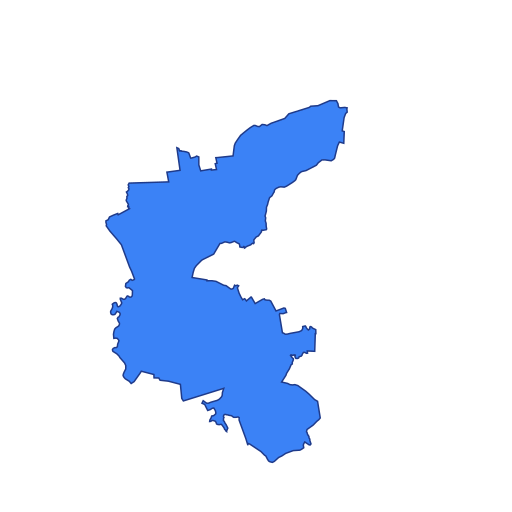 Sebis, Arad, Romania, rotated 32°
{"feature_id": "2599482B59578062471496", "entity_name": "Sebis", "entity_type": "district", "adm_level": 2, "iso_a3": "ROU", "parent_name": "Romania", "parent_adm1": "Arad", "projection": "albers", "projection_center": [22.139, 46.413], "detail": "fine", "context": "isolated", "style": "filled", "palette": "blue", "viewbox_px": 512, "rotation_deg": 32, "n_neighbors": 0, "source": "geoboundaries", "source_scale": "gbopen_adm2", "svg_char_len": 6158}
<svg xmlns="http://www.w3.org/2000/svg" viewBox="0 0 512 512"><g transform="rotate(32 256 256)"><path d="M312.4,419.3L314.1,418.6L315.6,417.2L316.6,417.3L320.1,418.7L321.2,419.6L322.5,419.8L322.9,420.3L324.1,420.4L323.6,419.7L323.7,418.8L323.5,418.3L323.3,416.9L319.9,414.8L318.2,414.1L316.8,413.1L315.6,412.8L314.5,410.9L314.4,409.9L313.6,409.6L313.1,408.5L313.1,407.4L313.6,406.8L314.3,406.4L315.3,406.2L316.2,405.7L317.6,405.4L319.9,404.4L321.3,404.6L322.6,404.6L324.4,403.5L326.1,402.0L327.4,402.0L328.6,404.1L344.1,416.2L349.4,420.8L348.5,419.2L350.2,418.8L363.8,419.2L368.8,420.4L370.3,420.4L373.5,422.3L375.2,423.1L376.3,423.2L377.6,422.9L379.3,422.3L380.4,420.4L382.0,414.8L383.9,411.8L385.8,407.6L390.7,401.3L396.1,397.4L397.1,395.7L398.1,393.3L396.4,391.4L396.0,390.1L395.9,387.9L401.2,388.0L402.1,387.5L402.2,386.2L399.4,383.9L398.7,382.8L397.3,382.1L396.6,381.1L395.9,380.8L395.5,380.3L394.6,380.3L392.8,378.6L392.0,378.4L391.2,376.1L394.1,369.0L395.2,363.9L396.0,361.6L396.3,359.3L385.2,346.6L381.8,346.7L374.1,345.0L369.7,344.3L360.1,343.7L357.1,344.5L355.3,346.0L352.9,347.1L350.4,347.3L344.5,349.3L344.6,341.3L344.1,339.3L344.1,334.1L343.4,329.6L344.0,328.3L343.1,327.0L342.9,325.3L342.6,324.1L342.0,323.3L340.2,323.0L337.9,322.0L338.1,321.2L339.4,321.2L340.0,320.2L340.5,320.2L341.3,319.3L341.9,319.3L342.1,320.4L343.5,321.6L344.2,321.7L345.6,320.8L346.2,319.9L346.0,318.5L347.4,317.0L347.6,315.7L347.3,314.9L347.3,312.6L348.4,311.9L350.3,311.8L351.2,311.1L349.8,309.4L356.3,305.7L347.4,290.4L347.9,290.1L345.7,286.8L342.0,287.2L341.0,286.8L340.0,286.8L339.4,287.1L339.3,287.5L339.8,288.9L340.2,289.3L339.6,291.0L338.0,290.7L336.7,290.2L335.6,289.4L334.8,289.2L333.0,291.1L333.8,292.2L334.1,293.1L334.2,294.6L334.1,295.2L332.7,297.4L326.0,303.5L323.9,305.7L322.3,306.8L320.2,306.8L319.1,307.1L306.9,293.3L306.6,292.2L309.6,290.5L311.0,288.6L311.9,287.7L308.6,284.9L307.2,285.3L302.1,292.0L292.4,286.4L290.6,286.5L288.8,287.6L286.8,288.4L285.8,287.9L284.5,289.3L280.5,296.8L273.9,293.3L273.5,293.4L271.7,299.2L269.6,298.3L268.9,298.3L267.9,300.2L265.0,298.8L261.4,296.5L257.0,292.8L257.1,290.5L255.6,290.6L254.6,292.0L253.3,292.1L253.9,295.6L252.9,297.0L251.9,297.4L246.3,297.0L244.2,297.9L235.5,298.7L231.8,300.3L227.5,303.0L227.1,302.3L213.2,308.1L211.4,303.2L210.3,299.1L210.5,295.7L212.1,288.6L212.7,287.3L219.1,276.8L218.8,264.5L220.1,263.5L222.1,260.5L224.2,259.6L226.6,258.9L227.7,257.9L229.8,255.0L230.7,254.8L232.3,254.9L235.4,254.6L236.5,255.6L237.5,256.9L239.7,256.1L240.5,255.5L240.7,254.4L241.7,254.6L242.1,255.3L242.4,254.8L242.6,253.8L243.4,252.3L245.6,249.3L245.8,248.3L246.3,247.0L247.4,246.8L247.4,245.8L246.4,244.6L245.6,243.4L246.1,239.7L247.4,237.7L247.8,232.6L247.1,231.3L247.2,230.9L248.3,230.5L250.8,228.2L250.7,227.4L248.9,225.4L247.2,222.9L245.3,221.3L244.0,218.5L242.5,217.3L241.0,212.4L239.0,209.0L238.6,206.4L237.6,203.5L236.6,199.3L237.6,196.6L237.4,192.9L237.5,192.3L236.7,190.0L237.2,188.2L238.9,185.5L240.3,184.2L243.5,182.6L244.9,180.6L248.0,174.2L249.0,171.6L249.3,170.2L248.4,165.6L248.9,163.0L249.6,161.0L250.2,160.0L253.2,157.0L259.1,147.0L259.4,143.9L261.0,139.6L263.6,137.9L269.3,135.4L270.6,132.9L270.8,131.3L269.8,128.5L266.8,119.3L266.3,115.2L270.7,113.9L264.9,103.7L262.8,104.2L257.4,92.0L256.5,87.6L257.1,85.7L255.1,83.1L254.8,82.1L252.6,82.9L248.8,85.8L247.0,85.9L244.8,83.4L241.9,81.7L236.3,85.1L228.9,95.7L223.0,100.0L222.5,101.7L208.5,118.0L207.5,124.1L198.5,135.4L196.2,139.6L194.0,140.0L191.5,141.2L190.3,144.5L188.7,145.3L186.2,145.7L185.0,146.4L183.1,150.2L181.5,154.4L179.0,161.8L178.7,167.0L178.6,171.3L179.2,174.0L183.5,183.3L170.7,193.3L169.8,193.9L173.8,198.0L172.5,199.3L176.7,203.6L172.6,206.8L172.1,205.9L164.0,213.1L159.3,209.1L155.0,202.3L152.7,202.7L152.0,204.2L151.3,205.0L149.2,207.3L148.7,207.6L144.5,204.3L144.1,204.2L142.1,204.5L139.4,205.5L137.3,206.6L136.9,206.4L136.2,206.7L136.0,207.3L135.8,207.4L134.9,207.1L134.5,206.5L133.5,205.8L131.5,206.1L146.2,223.6L136.0,232.1L142.7,239.4L109.8,261.4L109.9,263.4L111.4,264.5L111.5,265.8L112.5,266.2L113.0,267.3L112.7,269.3L112.2,270.4L112.9,270.9L113.7,271.2L115.0,272.4L115.1,273.2L114.9,273.9L116.0,275.5L116.3,277.4L116.9,278.0L120.4,279.8L120.6,280.4L120.7,281.5L121.0,282.1L121.7,281.5L122.3,281.9L122.3,282.6L122.7,283.0L123.6,283.0L117.3,294.1L116.2,293.2L113.5,296.8L111.1,300.5L111.4,303.6L110.1,305.7L111.0,307.1L112.5,308.4L113.0,309.8L118.9,312.3L128.7,315.3L135.9,317.8L154.6,332.3L158.5,334.8L165.2,339.9L165.1,340.7L163.9,342.3L162.2,342.1L161.4,343.6L161.4,345.5L160.2,348.3L160.8,349.7L161.4,351.0L162.8,351.6L163.9,351.2L165.0,350.2L169.6,350.8L171.9,354.8L172.1,355.9L171.9,356.8L171.2,357.6L170.2,357.9L169.6,357.7L168.3,357.9L167.9,358.4L167.9,361.2L167.4,362.4L166.5,363.0L164.2,363.1L163.3,363.7L163.7,364.5L167.0,366.9L167.3,368.2L167.1,370.6L166.1,372.1L165.8,372.2L165.1,372.0L164.1,371.1L163.8,370.6L162.4,369.8L161.7,369.8L161.0,370.3L160.2,371.4L160.1,372.0L159.7,372.8L159.8,373.3L160.5,373.6L161.5,375.2L161.9,377.0L162.0,379.6L162.3,380.5L163.7,381.9L165.2,382.0L166.6,381.1L167.3,380.2L167.4,378.2L167.3,376.7L169.7,376.2L170.5,376.4L171.6,377.1L171.9,378.4L172.0,380.0L171.9,380.6L171.5,381.0L171.5,382.5L173.6,384.2L175.8,385.3L176.3,386.1L176.5,386.8L176.6,388.2L175.2,391.2L174.9,392.8L175.5,395.2L176.6,397.9L179.1,401.2L180.2,400.2L181.8,399.4L183.5,399.8L184.7,400.5L185.4,404.1L186.5,406.4L186.0,407.8L184.8,408.5L183.9,410.0L183.8,411.3L184.4,412.1L185.2,412.7L189.7,412.7L192.8,413.4L194.5,414.3L201.1,416.3L203.6,417.9L205.4,420.8L205.7,424.4L206.1,426.6L206.7,427.9L208.2,428.8L210.2,429.4L215.0,429.4L217.7,430.3L219.2,427.1L219.8,416.7L219.8,414.5L232.2,410.6L234.1,413.4L238.2,411.0L240.5,412.2L248.0,408.6L259.9,404.9L268.5,416.1L271.2,417.4L298.8,385.3L299.9,389.7L301.2,392.1L301.4,393.8L300.8,396.8L299.7,398.9L295.2,403.9L293.7,406.0L292.1,407.0L287.9,406.7L288.2,409.5L291.2,409.1L296.9,412.6L298.6,410.5L299.6,408.3L300.8,407.3L303.5,408.7L304.9,410.1L305.5,411.2L304.7,413.8L303.2,415.2L303.7,416.9L303.8,419.6L304.4,420.9L305.3,420.2L305.8,418.8L307.4,418.0L309.2,417.7L310.5,418.4L311.5,419.3L312.4,419.3Z" fill="#3b82f6" stroke="#1e3a8a" stroke-width="1.5"/></g></svg>